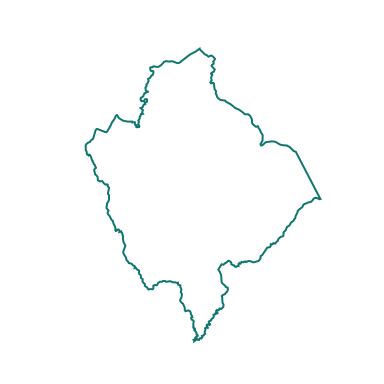 the district of Gorongosa, Sofala, Mozambique, rotated 29°
{"feature_id": "85939544B94652077383293", "entity_name": "Gorongosa", "entity_type": "district", "adm_level": 2, "iso_a3": "MOZ", "parent_name": "Mozambique", "parent_adm1": "Sofala", "projection": "orthographic", "projection_center": [34.322, -18.644], "detail": "fine", "context": "isolated", "style": "outline", "palette": "teal", "viewbox_px": 384, "rotation_deg": 29, "n_neighbors": 0, "source": "geoboundaries", "source_scale": "gbopen_adm2", "svg_char_len": 6049}
<svg xmlns="http://www.w3.org/2000/svg" viewBox="0 0 384 384"><g transform="rotate(29 192 192)"><path d="M307.7,135.9L263.3,106.5L261.1,106.9L255.3,105.2L253.8,105.5L252.5,105.3L248.6,107.1L246.3,107.8L241.2,107.7L239.5,108.0L237.3,109.0L232.8,112.3L232.2,113.1L231.0,116.6L230.4,117.5L229.7,117.8L228.7,116.9L228.8,112.9L226.2,107.9L223.3,106.4L221.3,104.7L218.9,103.6L218.1,102.7L217.4,102.7L216.7,103.7L215.9,104.0L211.8,103.1L211.1,102.5L209.2,99.5L206.0,97.2L203.5,96.8L200.7,98.3L200.1,98.3L197.1,97.6L193.0,97.2L189.2,97.6L183.2,96.5L178.1,96.6L176.7,96.0L172.2,97.7L169.3,97.3L167.8,96.6L166.8,95.5L164.9,94.2L164.2,92.2L161.8,91.0L158.5,86.4L157.4,86.3L156.0,87.7L155.0,87.4L155.0,84.6L153.6,83.2L153.1,82.3L153.0,79.8L152.4,79.2L151.4,79.4L151.2,79.0L151.6,77.8L152.8,76.1L152.4,73.7L148.4,72.4L147.9,71.9L147.9,71.1L148.7,69.5L148.4,68.5L147.3,67.7L147.7,65.6L147.5,64.3L144.4,63.3L143.0,63.3L142.3,63.6L140.9,65.6L139.7,65.5L138.7,65.1L136.8,65.4L129.8,63.6L129.2,62.9L127.0,67.6L124.4,71.5L122.7,74.7L118.4,85.0L116.7,86.4L111.2,87.2L108.9,89.0L105.9,90.1L104.5,91.7L103.4,96.3L101.9,98.9L100.5,99.7L97.8,100.5L97.1,101.1L97.0,102.1L95.9,102.6L95.2,103.3L95.5,104.3L97.0,105.9L98.1,105.8L99.2,105.1L99.7,105.3L100.5,106.4L100.8,108.9L99.9,110.4L100.1,112.2L98.8,114.4L100.2,116.0L100.4,118.4L100.0,120.2L100.9,121.5L100.7,123.4L102.4,125.6L103.1,125.8L104.6,125.5L104.9,126.0L103.9,126.8L103.2,128.3L102.6,128.7L102.9,132.0L102.4,133.4L101.6,134.3L101.6,135.0L102.8,136.7L104.0,137.0L105.7,135.9L106.0,133.6L107.4,132.7L108.0,133.0L108.8,134.9L108.4,135.6L107.3,136.6L108.5,137.9L107.4,139.0L107.6,141.9L106.4,143.5L109.5,144.3L109.7,146.5L111.2,147.4L109.6,148.5L110.1,150.5L109.7,151.4L110.7,153.1L110.4,155.5L111.6,156.4L111.9,158.1L112.6,159.0L114.1,160.0L114.2,160.9L112.5,161.7L112.4,162.1L111.7,162.1L111.3,161.6L111.5,160.8L111.2,160.4L109.8,160.8L108.1,158.7L106.1,160.1L105.6,159.4L102.0,161.4L99.1,162.5L97.1,163.0L93.0,162.9L91.6,162.5L89.4,161.1L88.7,161.4L88.5,162.6L88.8,166.3L88.3,170.1L88.6,172.8L88.5,180.3L87.9,181.3L87.1,181.6L79.0,182.7L78.0,183.3L77.8,184.9L79.7,193.4L78.5,196.1L78.5,197.6L77.2,199.3L76.5,200.9L76.3,202.6L78.9,207.0L80.2,207.7L81.7,209.8L83.7,210.2L83.8,209.2L84.9,209.1L87.3,210.8L88.7,212.4L89.8,212.7L90.4,213.7L91.4,214.0L92.6,215.2L93.8,215.4L94.4,216.2L96.1,217.1L96.3,217.7L95.9,218.3L95.7,219.9L96.1,220.8L96.8,221.3L98.7,223.5L100.7,223.9L102.1,224.6L104.1,227.4L106.3,227.3L108.2,226.0L110.6,227.1L112.4,227.4L113.2,227.3L113.8,226.6L114.3,226.4L114.8,226.5L115.6,227.9L117.4,228.5L119.1,233.8L119.6,234.5L120.8,234.9L123.1,238.8L123.4,240.4L123.3,243.4L124.2,245.3L124.4,246.6L125.3,247.6L128.0,248.7L128.1,249.3L127.9,250.0L128.3,251.2L129.6,252.3L131.1,252.7L135.1,255.3L136.7,255.7L139.1,258.1L141.2,259.3L142.7,261.0L143.3,262.4L144.2,263.0L144.9,262.5L145.0,261.0L145.8,260.5L146.9,260.6L147.6,261.1L147.9,262.2L149.2,260.8L149.9,261.5L150.6,261.7L153.3,264.3L154.0,266.0L156.2,268.8L159.8,271.4L160.8,277.6L161.2,278.4L162.8,279.6L166.0,281.3L167.6,283.2L169.8,283.9L171.2,284.8L173.6,284.1L174.9,284.2L175.8,284.8L177.7,284.6L178.2,284.9L178.7,286.4L179.6,285.6L181.3,286.4L183.6,286.3L184.3,287.0L184.6,288.2L185.5,289.2L187.5,289.6L188.2,290.4L188.6,291.5L189.3,292.0L191.0,292.1L191.6,292.9L191.8,293.9L192.9,294.8L195.3,295.3L196.3,297.0L199.1,297.3L201.1,298.4L201.6,298.2L202.2,297.3L204.8,296.1L204.9,294.9L203.6,292.7L204.8,291.2L206.3,290.7L206.7,289.8L206.4,288.3L207.3,286.4L207.7,285.9L209.3,285.0L209.8,283.8L211.8,282.9L212.9,283.1L216.1,280.6L218.9,280.3L221.2,279.1L223.2,278.8L223.7,278.2L224.8,279.8L226.9,279.3L227.4,279.7L227.9,280.9L229.2,281.6L230.0,282.4L230.8,285.1L232.2,285.8L233.0,286.6L234.0,289.9L233.9,291.8L234.4,292.9L236.1,293.8L238.3,294.1L241.5,296.5L242.3,297.5L242.7,298.6L243.7,299.3L244.3,299.3L245.9,297.5L247.9,297.2L249.1,297.9L250.6,299.7L251.7,300.1L253.0,301.3L252.4,301.9L252.2,302.4L253.2,303.5L253.6,303.8L254.6,303.6L256.2,304.2L257.4,307.5L258.4,308.6L258.6,309.7L259.2,310.1L260.1,310.0L260.7,311.2L261.2,310.8L261.6,311.9L263.2,312.4L264.6,313.5L265.0,314.3L266.4,314.5L266.7,315.1L266.4,315.6L266.5,316.0L265.9,316.4L265.9,317.3L265.4,317.9L266.1,319.1L265.1,320.6L265.7,320.8L266.2,320.2L266.4,321.1L267.1,319.7L267.3,318.2L268.2,318.1L268.6,318.5L269.9,318.0L269.8,316.3L270.7,315.4L271.2,315.5L271.5,314.4L271.3,313.8L270.5,313.0L271.8,311.8L271.6,310.9L272.3,309.7L270.9,308.3L270.5,305.7L269.5,304.8L270.4,303.1L271.4,303.4L271.7,303.1L271.0,302.4L269.7,301.8L269.3,301.0L270.5,299.9L271.7,299.9L272.0,299.3L271.6,298.8L270.7,299.2L269.5,297.1L270.8,295.4L270.6,295.0L270.9,294.4L270.6,293.8L271.6,291.6L271.5,290.5L270.3,288.9L271.3,288.1L271.3,287.1L271.7,287.3L273.1,285.7L272.7,285.2L272.0,285.3L271.8,284.8L271.2,284.8L270.7,284.2L270.9,283.5L271.2,283.7L271.8,282.8L272.5,282.5L272.5,281.8L272.8,281.6L272.6,280.7L273.2,280.7L273.3,280.3L274.4,279.9L275.1,277.3L274.2,275.2L272.2,273.9L269.4,269.3L268.5,268.5L269.1,266.8L270.4,265.4L270.4,263.9L271.1,262.0L270.5,259.6L269.5,258.3L267.7,258.7L265.6,257.7L263.1,257.3L261.8,256.7L257.8,250.6L255.5,248.7L252.6,247.1L252.9,240.9L254.8,240.3L255.5,238.0L256.4,236.9L256.7,235.5L257.1,234.7L257.9,234.3L260.0,234.4L260.7,234.9L261.4,236.1L263.3,236.1L264.5,235.8L265.3,236.5L266.3,236.0L266.9,236.1L267.6,234.9L268.6,234.3L267.6,232.6L268.0,232.0L267.9,231.3L268.8,231.5L269.1,231.3L269.2,229.3L270.9,228.6L271.5,227.5L272.3,227.5L272.7,226.7L273.4,226.8L274.8,225.1L275.9,224.4L279.8,223.8L283.5,220.2L284.0,218.4L284.1,216.8L283.1,215.0L284.0,213.1L284.8,204.2L286.9,202.4L287.0,201.2L286.2,199.4L287.8,198.7L287.8,197.6L288.1,197.1L289.1,197.1L289.9,196.7L290.0,194.8L290.7,193.2L290.4,191.5L290.5,190.3L291.4,188.2L292.7,187.0L293.1,185.9L291.6,182.8L292.5,180.3L292.0,176.4L293.4,174.3L293.4,170.5L294.7,168.2L294.6,166.2L295.0,165.0L294.3,162.9L294.2,159.0L293.6,157.2L294.2,155.3L295.8,151.8L295.6,148.9L299.0,144.5L300.7,143.1L301.3,141.6L301.7,138.7L302.5,137.4L304.5,136.6L306.8,136.6L307.7,135.9Z" fill="none" stroke="#0f766e" stroke-width="2"/></g></svg>